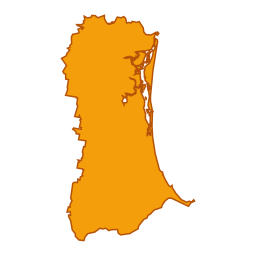 the district of Gold Coast, Queensland, Australia
{"feature_id": "25037944B76061046607907", "entity_name": "Gold Coast", "entity_type": "district", "adm_level": 2, "iso_a3": "AUS", "parent_name": "Australia", "parent_adm1": "Queensland", "projection": "albers", "projection_center": [153.388, -27.978], "detail": "fine", "context": "isolated", "style": "filled", "palette": "amber", "viewbox_px": 256, "rotation_deg": 0, "n_neighbors": 0, "source": "geoboundaries", "source_scale": "gbopen_adm2", "svg_char_len": 5727}
<svg xmlns="http://www.w3.org/2000/svg" viewBox="0 0 256 256"><path d="M194.5,201.1L193.7,199.8L191.6,202.0L189.3,201.2L186.7,202.2L181.4,199.7L176.0,193.6L172.5,188.0L172.0,185.4L170.7,186.7L168.8,185.7L165.3,179.8L162.9,174.3L163.3,173.5L162.7,174.1L162.6,172.1L160.7,171.4L159.3,169.3L155.2,153.6L152.7,137.6L152.0,126.3L152.4,112.5L153.2,112.1L152.0,112.1L153.5,111.0L150.2,111.9L149.2,113.2L149.2,116.4L149.5,113.3L150.5,113.9L150.1,121.1L150.9,123.0L149.9,123.2L149.9,124.6L151.0,124.5L151.2,125.5L150.1,125.4L150.8,126.0L149.3,128.0L150.3,129.8L148.7,128.9L148.3,130.4L149.4,133.2L150.8,132.1L151.6,132.4L150.2,133.7L150.8,135.9L149.2,134.0L147.9,134.3L148.8,133.7L148.3,132.9L147.1,136.3L147.2,132.6L147.9,131.8L147.5,129.2L149.2,126.2L145.4,118.7L145.5,113.9L143.5,107.2L144.4,106.2L144.6,100.6L140.5,91.0L142.0,86.2L138.5,88.3L134.6,86.9L134.3,88.4L136.2,90.2L135.7,93.5L130.9,95.9L127.4,94.5L126.7,97.0L127.2,101.8L126.2,102.8L124.1,102.8L124.0,104.7L122.1,101.1L123.9,97.8L121.8,95.1L125.3,97.9L127.1,93.6L125.8,93.8L124.8,93.2L126.8,93.3L132.0,94.6L135.1,92.8L135.5,90.7L133.9,88.4L135.5,84.3L135.4,81.4L133.6,79.5L130.8,78.9L130.1,78.0L134.7,79.5L135.7,81.3L135.6,86.0L136.5,86.9L139.8,86.9L140.8,84.7L138.7,85.5L142.5,82.9L141.2,80.4L141.0,82.4L140.6,82.8L140.3,83.1L140.9,81.7L140.6,79.5L139.6,79.5L140.7,79.5L140.0,73.7L136.8,73.8L136.5,73.6L136.2,72.8L135.5,74.5L134.6,74.6L135.5,73.9L135.1,71.0L136.9,68.5L135.4,66.9L135.2,66.1L131.8,64.1L130.9,58.5L129.5,57.2L128.5,58.0L126.3,58.4L124.4,57.9L126.6,56.9L130.2,56.4L131.7,57.0L131.0,57.9L132.0,57.4L132.6,57.8L133.2,58.8L133.7,57.7L134.0,57.5L135.4,58.3L136.1,56.1L137.3,56.5L138.9,55.5L135.6,52.5L136.3,51.7L144.5,50.8L145.1,51.0L151.1,49.4L154.2,43.2L154.2,37.7L155.5,32.6L151.0,35.0L146.1,34.6L143.8,32.0L143.2,27.8L139.2,21.6L136.6,22.4L132.1,21.4L130.8,23.2L128.9,22.4L126.7,23.1L125.5,18.2L123.8,16.6L121.1,17.8L117.2,17.1L114.3,22.7L110.2,24.1L108.4,24.2L106.8,23.0L104.5,18.9L104.4,15.4L97.8,17.8L95.3,15.7L91.9,15.4L91.0,17.3L87.3,17.9L84.2,16.2L84.8,20.0L83.4,21.0L83.9,22.9L81.8,24.6L76.7,24.6L77.6,25.7L82.9,27.0L83.6,27.9L82.2,29.3L81.4,27.7L78.0,29.2L79.1,32.2L78.6,33.1L72.7,34.3L71.4,37.0L71.6,43.8L70.0,45.2L69.9,47.2L67.5,48.2L69.8,50.0L66.9,53.4L66.1,55.9L61.5,58.4L66.5,65.5L62.9,71.4L63.9,73.4L65.6,74.1L65.7,79.1L68.5,79.5L67.3,86.9L67.6,89.8L65.6,95.3L76.5,97.2L76.4,98.0L77.7,98.3L76.7,104.2L77.8,105.8L74.7,116.5L79.0,117.3L79.3,115.8L81.1,119.2L79.9,120.0L80.7,121.9L79.4,127.1L81.4,127.5L81.1,129.3L73.6,128.0L72.7,129.2L75.1,130.9L76.3,132.5L76.1,133.7L79.5,134.3L78.6,139.7L85.9,140.8L85.0,146.7L83.7,146.6L82.4,152.0L83.1,153.9L82.4,158.1L81.6,158.0L81.2,160.5L78.0,160.1L79.4,162.0L78.1,162.3L77.1,168.0L82.7,169.0L82.7,169.8L83.7,170.0L82.0,174.7L82.8,175.8L80.4,176.9L79.8,180.2L77.9,179.1L77.4,182.6L74.6,182.2L72.8,183.3L70.7,198.4L72.0,200.7L70.0,204.8L70.2,207.1L68.4,206.9L67.0,212.1L70.3,211.8L70.5,215.4L68.6,215.0L68.7,216.7L70.7,220.9L72.3,230.0L75.4,233.9L75.3,236.2L79.0,240.0L83.9,240.6L85.1,236.9L87.8,233.6L94.7,232.1L100.1,228.2L102.5,229.0L105.9,228.3L108.8,230.6L111.3,229.7L117.5,229.5L118.2,233.2L120.7,234.9L129.6,233.6L138.2,228.7L138.6,226.0L143.8,219.4L147.0,217.9L148.0,215.3L150.2,214.2L154.2,210.0L161.6,207.4L162.1,205.2L164.9,201.1L168.5,198.1L171.5,198.2L188.4,206.3L190.8,202.9L194.5,201.1ZM148.5,90.3L149.4,96.6L148.0,105.1L149.6,109.7L152.3,110.4L150.5,101.0L150.5,95.8L153.0,70.1L157.6,41.5L157.2,39.7L155.6,38.6L154.3,44.0L155.5,46.9L153.4,51.4L152.5,56.4L149.5,63.0L145.0,66.8L144.7,70.7L144.1,71.2L144.5,76.0L145.7,77.8L144.9,78.3L145.1,80.3L148.2,83.4L150.0,86.8L149.7,89.5L148.5,90.3ZM137.0,52.3L138.0,52.6L136.2,52.5L139.1,54.5L139.0,55.7L137.2,58.0L136.2,57.9L135.4,59.4L133.0,60.8L132.5,62.4L133.7,64.8L136.3,65.8L140.0,65.2L142.8,62.4L145.9,54.3L145.7,53.3L143.3,52.5L143.7,51.4L143.6,52.1L145.0,52.4L144.1,51.1L137.0,52.3ZM145.1,84.6L141.9,84.8L143.0,86.3L142.1,90.0L143.8,89.9L145.5,86.2L145.1,84.6ZM139.3,65.6L135.6,67.0L136.9,67.5L137.9,69.5L139.4,68.8L140.7,69.2L140.9,66.7L139.3,65.6ZM140.3,73.6L139.9,70.3L138.4,72.0L136.2,70.3L135.5,72.1L135.7,72.8L136.0,73.0L136.1,72.8L136.3,72.8L136.9,73.8L140.3,73.6ZM147.4,53.3L147.4,55.9L150.4,52.6L150.4,51.5L149.7,51.1L147.4,53.3ZM146.7,61.7L149.5,57.1L149.4,55.5L146.6,59.3L146.7,61.7ZM141.6,64.7L142.5,66.2L144.6,61.6L141.6,64.7ZM155.9,34.4L157.4,35.3L158.8,33.4L157.6,32.1L155.9,34.4ZM132.6,58.6L131.5,58.4L132.5,60.7L135.3,58.5L134.0,57.6L133.3,58.9L131.7,57.7L132.6,58.6ZM147.3,85.0L148.0,89.9L149.3,88.9L147.3,85.0ZM148.3,112.8L148.4,109.5L145.8,109.5L146.7,109.9L147.4,112.9L148.3,112.8ZM136.1,69.9L138.2,71.1L139.1,70.4L137.2,69.1L136.1,69.9ZM146.2,100.1L146.2,98.0L145.1,96.7L146.2,100.1ZM146.4,62.9L148.4,62.0L147.9,60.7L146.6,62.0L146.4,62.9ZM142.2,92.4L143.1,91.9L142.1,90.6L141.5,91.5L142.2,92.4ZM126.7,57.0L128.4,57.9L129.0,57.2L126.7,57.0ZM107.7,23.3L109.7,23.9L110.3,23.6L107.7,23.3ZM136.2,57.5L137.3,57.3L136.3,56.3L136.2,57.5ZM154.8,46.4L154.4,45.6L153.6,46.5L154.8,46.4ZM141.9,80.7L142.3,81.7L142.9,82.6L142.6,81.1L141.9,80.7ZM149.1,61.1L149.7,60.1L149.5,59.5L148.9,60.1L149.1,61.1ZM142.4,68.7L143.2,68.3L142.5,67.6L142.2,67.8L142.4,68.7ZM113.6,21.6L111.4,22.2L110.8,22.6L112.8,22.1L113.6,21.6ZM139.9,69.4L138.9,69.6L139.3,70.1L139.9,69.4ZM152.2,49.8L152.1,50.8L152.7,50.2L152.2,49.8ZM141.3,69.0L142.1,68.9L141.4,68.5L141.3,69.0ZM145.0,78.0L145.1,77.0L144.7,76.8L145.0,78.0ZM147.2,56.3L147.4,57.1L147.7,56.5L147.2,56.3ZM147.0,57.2L147.2,57.9L147.5,57.2L147.0,57.2ZM143.0,66.0L143.4,65.9L143.4,65.2L143.0,66.0ZM144.3,76.8L144.6,77.6L144.4,76.7L144.3,76.8ZM147.4,84.0L147.0,84.0L147.2,84.4L147.4,84.0ZM145.1,62.6L145.4,62.0L145.3,61.8L145.2,61.8L145.1,62.6Z" fill="#f59e0b" stroke="#b45309" stroke-width="1.5"/></svg>